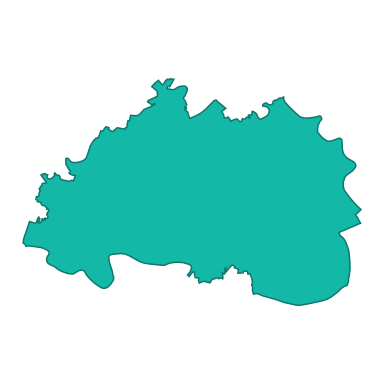 outline of Dong Hung, Thái Bình, Vietnam
{"feature_id": "81297802B28789600266311", "entity_name": "Dong Hung", "entity_type": "district", "adm_level": 2, "iso_a3": "VNM", "parent_name": "Vietnam", "parent_adm1": "Thái Bình", "projection": "orthographic", "projection_center": [106.332, 20.548], "detail": "fine", "context": "isolated", "style": "filled", "palette": "teal", "viewbox_px": 384, "rotation_deg": 0, "n_neighbors": 0, "source": "geoboundaries", "source_scale": "gbopen_adm2", "svg_char_len": 5930}
<svg xmlns="http://www.w3.org/2000/svg" viewBox="0 0 384 384"><path d="M353.4,161.7L347.3,158.2L346.4,157.4L345.0,155.9L343.4,153.3L342.7,150.9L342.3,148.6L342.0,140.6L341.6,139.5L341.2,139.0L340.1,138.3L339.0,138.2L331.7,140.9L330.3,141.2L327.6,141.1L325.8,140.2L322.1,137.4L319.9,135.0L318.0,132.6L317.7,131.9L317.5,130.4L318.1,125.3L319.4,122.4L321.8,119.0L321.1,117.0L320.5,116.2L319.5,115.9L316.7,116.8L314.2,117.3L308.1,118.1L304.0,118.0L301.2,117.3L299.4,116.2L296.7,114.0L289.7,107.3L285.5,102.7L284.5,101.2L283.7,99.4L283.6,97.0L281.0,98.3L280.0,97.9L277.7,99.1L276.7,100.3L274.8,100.1L273.1,101.3L272.9,103.3L272.5,103.9L271.0,104.8L269.2,104.8L266.3,103.0L264.7,103.2L263.3,104.2L262.7,105.1L262.8,106.0L263.3,106.3L265.2,106.4L266.7,106.8L267.8,107.7L268.6,108.7L269.2,110.2L269.1,112.2L268.5,114.1L267.5,115.3L265.2,117.0L260.8,119.2L259.9,119.2L258.9,118.5L257.7,116.7L256.7,114.2L255.3,112.8L253.4,111.6L252.4,111.3L252.1,111.5L251.9,114.7L249.1,114.9L248.3,115.4L248.4,115.9L250.0,117.7L249.4,118.1L248.4,117.3L247.2,117.1L246.2,117.5L244.9,119.2L244.2,119.2L242.5,118.6L241.2,121.4L239.7,121.6L237.0,118.9L234.0,119.7L230.6,121.3L230.0,119.4L229.0,118.4L228.1,116.9L226.0,118.0L224.3,117.9L223.5,114.6L221.8,111.4L225.8,108.4L217.5,101.5L216.2,100.0L214.6,100.4L214.0,100.7L205.9,109.0L201.3,112.8L195.1,116.2L189.7,118.4L188.4,114.8L187.8,112.2L186.7,111.0L185.2,110.2L184.9,109.5L186.4,108.7L186.5,108.1L186.1,107.7L185.6,107.6L184.9,108.0L184.7,107.5L185.9,106.2L186.6,105.1L186.7,104.4L185.8,102.9L185.9,102.2L183.3,98.0L184.9,96.0L187.0,91.2L187.3,88.8L186.9,87.7L186.4,87.0L185.0,86.1L182.7,86.0L180.2,86.4L178.2,87.0L175.0,89.0L173.6,89.6L172.6,89.7L168.8,89.1L166.8,88.5L167.9,86.4L169.7,86.7L173.9,79.3L172.1,79.1L171.2,78.7L170.8,79.3L169.5,79.0L168.9,79.7L167.4,79.1L166.4,80.4L165.8,80.3L163.6,84.0L162.3,84.6L161.9,84.5L158.4,80.3L154.5,83.5L151.8,86.6L156.7,90.7L157.3,92.1L157.5,96.2L148.3,100.5L147.6,101.9L147.9,102.4L149.2,102.8L150.3,103.6L151.6,105.1L152.0,105.0L154.2,103.4L155.2,104.0L151.3,106.5L147.4,108.0L144.1,109.5L139.9,114.0L138.4,115.2L136.9,115.6L135.7,115.7L130.6,115.3L129.5,120.8L127.9,120.8L127.1,124.5L126.9,127.4L125.4,127.8L125.0,129.2L117.2,127.7L112.6,131.7L108.3,129.3L109.1,128.0L108.8,127.5L105.7,126.8L102.7,131.2L102.4,131.3L100.8,130.8L98.3,137.9L96.8,137.9L95.6,138.5L93.0,141.3L90.4,145.7L86.7,157.0L85.6,158.7L84.0,160.1L81.5,161.3L79.8,161.9L76.9,162.4L73.6,162.6L71.8,162.2L71.0,161.8L68.0,158.3L65.9,158.4L65.7,159.9L66.0,164.3L68.3,168.6L70.0,171.0L70.1,172.2L69.0,173.0L69.6,173.8L71.1,174.6L74.3,175.6L75.5,175.7L73.3,180.9L71.6,180.2L70.0,181.3L69.1,181.3L64.4,180.3L62.8,180.1L62.1,179.4L60.9,179.4L60.3,178.8L59.9,176.6L59.2,175.5L58.9,175.2L56.9,175.1L56.0,174.3L54.9,172.9L54.3,173.6L54.4,174.3L54.9,175.3L51.5,178.6L50.8,178.8L48.1,178.6L47.7,178.3L47.2,177.7L46.9,176.7L47.7,174.8L46.1,174.4L45.3,173.6L43.9,173.7L41.8,174.4L41.0,175.1L45.0,180.6L46.1,181.7L46.5,182.8L42.8,183.3L42.1,183.7L41.7,185.7L40.3,186.8L40.3,187.8L39.1,188.8L39.8,190.2L40.4,190.7L39.5,191.9L38.4,196.6L36.3,196.7L36.0,199.5L37.6,200.4L37.3,201.6L41.2,202.5L41.1,203.9L42.1,205.2L42.7,205.5L44.3,205.6L45.0,206.1L46.7,207.8L46.8,209.4L48.3,209.3L48.9,209.5L49.1,209.8L49.2,210.3L48.4,211.5L47.4,212.4L47.6,213.2L46.7,214.0L46.8,214.6L47.8,216.3L48.0,217.0L47.9,217.7L47.4,218.4L45.4,218.2L44.6,218.4L44.6,218.8L45.2,219.9L45.1,220.2L44.8,220.4L43.2,219.7L42.9,219.4L42.8,218.7L42.3,218.7L41.7,219.9L42.0,221.3L41.0,222.0L40.4,222.9L38.7,222.9L38.0,222.6L38.5,221.9L38.6,221.1L39.5,221.1L39.6,220.7L39.4,219.9L39.9,218.9L39.8,218.5L39.0,218.1L38.8,217.1L38.1,217.5L37.8,218.8L37.1,219.6L37.2,220.5L36.9,221.2L35.5,223.3L29.6,221.5L23.6,239.0L23.3,242.1L23.0,242.9L24.9,244.1L25.9,246.3L28.6,245.9L30.1,246.0L40.9,247.5L43.7,248.4L48.1,250.7L49.0,251.8L49.1,252.6L48.7,254.7L47.5,256.2L46.7,258.3L46.6,260.2L47.2,262.3L48.5,263.7L50.8,265.0L54.3,266.6L58.8,269.9L61.3,271.2L66.8,273.2L70.2,273.9L72.5,274.0L73.3,273.9L74.7,273.2L77.8,271.2L80.1,270.2L81.8,270.0L83.8,270.7L84.8,271.8L86.7,275.2L89.2,278.2L93.5,282.3L96.1,284.4L100.6,287.3L103.0,288.3L105.4,288.2L108.4,286.7L110.2,284.8L112.5,281.6L113.3,280.1L113.7,278.4L113.7,277.2L112.9,275.1L112.3,271.4L109.5,262.6L108.7,257.5L109.0,256.2L109.5,255.5L110.2,254.9L112.2,254.3L121.3,253.5L125.2,254.1L129.0,255.6L139.0,261.2L141.5,262.2L143.5,262.9L148.6,263.9L160.5,265.1L163.6,265.3L165.1,265.0L169.2,263.3L171.2,262.8L177.0,262.2L183.2,262.6L188.5,264.2L190.5,265.3L191.2,266.2L191.5,267.5L190.9,270.2L190.1,271.8L187.5,275.0L189.1,276.5L192.8,272.0L194.4,272.0L194.6,275.2L195.2,277.6L198.8,278.0L198.5,280.6L199.3,283.1L202.0,281.9L204.3,281.3L205.6,281.4L206.5,282.4L207.6,282.1L208.5,282.1L209.8,283.0L210.4,282.0L210.8,281.9L211.1,280.6L211.4,280.2L213.1,278.9L214.5,279.0L215.0,278.4L216.0,278.0L217.8,278.0L218.8,278.8L219.5,278.0L221.3,278.2L222.7,278.8L222.9,277.2L222.3,272.7L223.7,274.0L224.4,274.0L225.0,273.5L225.0,268.0L225.9,267.8L226.0,268.1L226.1,271.8L226.7,271.3L229.0,268.2L232.1,265.0L234.9,266.4L234.5,267.8L238.4,269.2L237.9,273.3L243.3,272.8L243.4,271.1L247.3,271.2L248.0,274.2L249.8,273.6L251.1,276.5L252.2,280.0L252.3,284.5L251.8,284.6L251.8,285.5L252.3,285.6L252.4,285.9L252.5,290.4L253.5,294.2L255.3,293.6L257.7,293.7L262.7,295.8L274.9,299.2L284.4,302.5L295.7,305.0L297.6,305.3L299.5,305.3L307.5,304.0L322.2,300.8L327.2,299.2L331.1,297.0L337.3,292.3L342.1,287.7L344.1,286.5L347.3,285.3L347.8,283.1L348.5,281.4L348.6,278.2L349.4,275.6L349.3,274.4L350.0,269.5L349.9,261.8L348.9,251.4L348.0,248.2L346.1,242.9L344.9,240.5L343.7,238.7L342.6,237.4L340.7,236.1L338.8,232.9L339.6,232.2L360.6,223.1L358.9,220.5L358.2,218.7L355.5,214.9L361.0,209.6L356.2,205.0L351.7,200.0L348.1,195.5L344.2,190.0L343.4,187.1L343.3,184.2L343.4,181.8L344.7,177.9L345.4,176.4L346.6,175.2L352.7,170.7L355.2,167.6L355.8,166.5L355.7,164.6L354.8,163.0L353.4,161.7Z" fill="#14b8a6" stroke="#0f766e" stroke-width="1.5"/></svg>